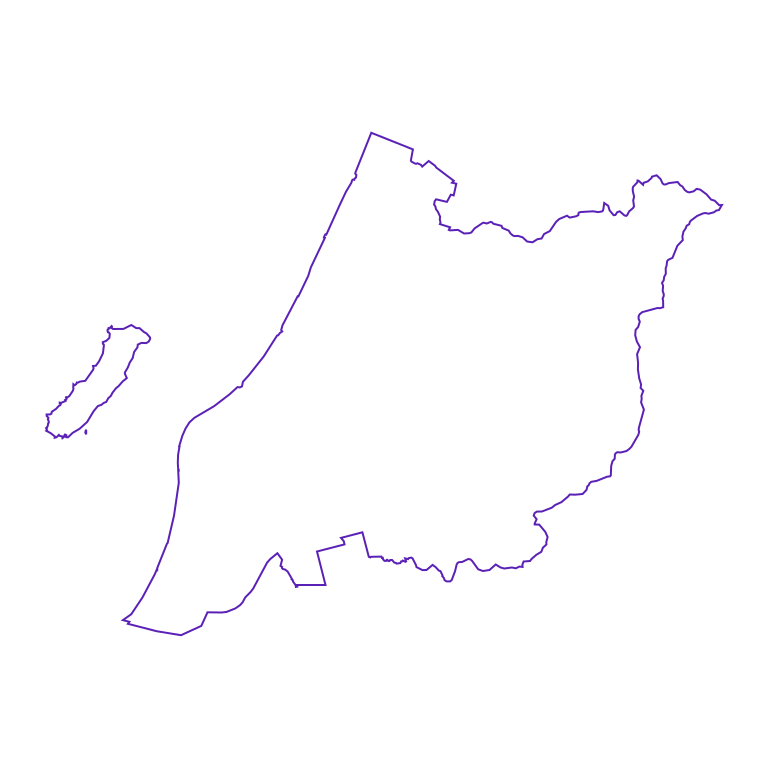 Kapiti Coast District, Wellington, New Zealand (Mercator projection)
{"feature_id": "76426892B40296921759207", "entity_name": "Kapiti Coast District", "entity_type": "district", "adm_level": 2, "iso_a3": "NZL", "parent_name": "New Zealand", "parent_adm1": "Wellington", "projection": "mercator", "projection_center": [175.125, -40.857], "detail": "fine", "context": "isolated", "style": "outline", "palette": "violet", "viewbox_px": 768, "rotation_deg": 0, "n_neighbors": 0, "source": "geoboundaries", "source_scale": "gbopen_adm2", "svg_char_len": 6057}
<svg xmlns="http://www.w3.org/2000/svg" viewBox="0 0 768 768"><path d="M721.9,205.0L719.2,205.2L714.7,200.7L711.1,199.6L706.5,194.3L700.2,189.6L696.6,188.9L693.7,191.3L689.2,192.4L687.2,191.8L684.7,189.9L682.5,186.6L680.1,185.1L677.6,182.0L668.8,183.1L665.6,184.5L663.8,184.4L662.5,183.3L660.6,179.1L656.6,175.3L651.9,176.7L651.6,177.9L647.8,181.4L643.6,182.8L643.1,184.8L638.4,180.6L637.5,180.5L637.3,182.4L633.2,186.7L632.7,188.2L632.8,191.0L634.1,196.7L633.2,200.3L634.0,206.4L633.0,208.1L629.1,211.4L627.2,215.1L626.2,215.9L624.4,215.4L619.7,211.3L617.1,212.3L615.4,215.0L613.6,215.2L609.6,210.4L608.2,205.8L604.2,203.0L603.4,208.9L602.8,210.8L602.1,211.4L598.3,212.1L593.1,211.3L581.0,212.0L579.0,212.5L578.5,213.2L578.3,215.2L576.0,216.3L569.7,217.6L567.0,215.7L559.3,219.0L556.1,221.8L549.8,231.1L544.1,234.0L541.6,238.5L537.4,239.2L532.5,242.3L527.1,241.5L522.6,237.3L518.0,235.9L514.5,236.1L512.9,235.5L510.6,233.6L508.7,230.6L502.4,228.0L501.5,225.8L493.5,223.8L491.8,222.2L490.7,221.9L486.8,223.5L483.6,222.7L482.6,223.0L474.6,228.4L471.4,232.4L469.3,233.2L464.1,233.5L458.0,229.9L449.8,230.4L448.8,229.9L450.1,227.3L439.9,224.1L440.5,222.6L439.8,219.4L440.1,216.6L437.8,211.6L436.0,209.2L435.3,206.2L434.1,204.6L434.7,201.2L436.1,199.3L446.9,201.9L450.8,194.7L453.7,195.4L456.3,183.7L452.0,182.7L453.8,180.8L436.3,167.6L435.1,165.8L428.7,161.0L422.2,166.6L420.9,164.8L417.5,163.3L416.1,163.8L414.7,163.4L411.3,161.5L410.9,160.4L412.9,149.4L371.3,132.8L355.7,171.8L355.2,173.6L356.4,175.0L356.0,177.5L354.6,178.6L354.3,179.8L353.1,179.5L352.2,180.1L351.3,182.9L346.0,191.7L339.9,204.6L326.6,234.0L326.3,234.6L325.4,234.3L324.6,235.7L323.9,237.5L324.9,237.8L310.8,267.5L308.3,275.7L298.4,296.4L297.7,296.2L282.5,325.3L281.2,330.0L282.2,331.5L279.9,333.0L278.2,335.3L277.1,335.5L263.7,356.5L248.7,375.4L242.9,381.8L242.0,386.4L239.9,387.4L237.5,387.1L229.7,394.2L214.2,406.1L194.4,417.8L189.4,422.4L185.5,428.6L182.3,435.9L179.1,446.5L179.5,446.6L178.1,454.7L177.8,462.7L178.2,469.8L178.7,469.8L178.7,470.8L178.2,470.8L178.8,482.7L174.0,515.7L167.6,543.1L166.9,543.8L157.3,567.9L157.2,569.8L156.8,569.5L154.7,574.4L142.5,597.4L131.3,614.2L122.9,620.1L129.4,621.8L127.9,623.8L156.6,631.2L181.0,635.2L201.3,625.9L207.5,612.3L221.8,612.5L226.6,611.9L235.2,608.5L240.2,605.0L242.6,602.3L245.3,597.3L250.7,591.9L253.4,588.2L267.1,562.6L270.2,559.1L277.4,553.2L282.1,559.7L280.5,565.9L282.1,566.9L281.9,567.9L282.6,568.9L285.2,569.6L287.7,571.6L291.8,578.7L291.6,579.4L292.8,580.1L293.0,581.5L295.6,585.1L295.9,586.9L297.3,586.6L296.7,585.0L325.5,585.0L317.0,551.5L344.5,544.4L343.8,541.2L341.0,537.9L362.4,532.3L368.8,556.8L370.4,557.4L370.9,556.8L381.4,556.6L381.8,557.9L382.8,557.8L383.1,559.4L384.5,560.9L386.2,560.9L386.7,559.9L387.4,559.8L388.4,561.1L389.5,561.0L390.2,560.0L392.1,560.0L394.3,562.6L395.9,562.9L396.5,563.6L400.3,563.1L401.2,561.3L402.4,561.3L402.8,560.6L405.5,561.8L406.1,561.4L405.1,558.4L408.1,559.1L408.6,558.2L411.1,557.6L412.5,558.3L416.0,565.1L416.5,567.1L422.5,570.1L426.5,570.0L432.6,564.9L435.5,567.0L438.9,570.6L440.5,571.2L442.6,575.6L442.3,576.1L444.0,578.2L444.6,580.2L446.6,581.4L450.2,581.4L451.8,579.9L455.1,571.0L456.6,564.7L457.6,562.9L458.9,562.2L462.3,561.9L468.2,559.0L470.5,559.4L472.1,560.9L478.2,569.3L482.9,571.0L489.5,570.0L495.7,564.5L500.6,567.5L504.3,568.5L511.9,567.5L515.9,568.3L519.3,566.6L522.6,566.9L522.4,564.7L523.6,561.5L530.1,561.0L531.3,559.2L536.2,554.9L541.3,551.8L542.9,547.7L546.4,544.5L546.3,542.0L547.6,537.0L545.3,531.9L539.2,524.6L534.7,524.5L534.6,523.7L536.6,519.2L533.7,515.6L534.6,513.1L536.8,511.6L541.9,511.5L551.8,507.7L555.0,505.1L561.3,502.2L567.9,496.7L569.8,494.5L575.1,494.7L582.6,494.0L586.5,489.9L587.4,486.2L588.6,485.4L589.4,483.4L591.3,481.8L596.6,480.9L607.1,476.7L610.1,476.3L610.8,475.4L611.2,465.9L612.5,461.2L614.7,458.8L614.9,454.7L615.6,453.3L617.3,452.2L620.6,452.5L626.6,451.0L629.7,448.6L631.5,446.6L638.2,435.1L639.2,431.8L638.7,430.3L638.8,428.1L643.9,409.6L641.1,402.4L641.7,398.8L641.4,395.9L643.3,390.8L640.6,388.0L641.1,384.5L639.2,378.3L637.9,369.3L638.1,363.1L637.1,354.1L640.0,347.2L636.9,341.6L635.2,335.3L635.6,329.9L638.1,327.1L639.8,321.7L638.6,318.8L638.6,316.3L639.7,314.2L642.3,312.1L657.5,308.0L660.0,308.2L663.2,307.2L663.1,300.5L662.6,298.8L663.6,296.3L663.8,294.4L662.7,291.0L663.1,285.7L662.0,283.0L663.7,280.3L664.2,276.7L665.8,273.9L665.7,268.2L666.5,266.1L667.1,261.3L668.1,259.9L672.5,257.8L677.4,245.7L682.8,240.1L682.4,236.5L683.5,231.5L685.5,228.7L686.7,225.7L689.2,224.2L689.9,221.8L690.9,220.6L697.2,215.9L703.1,213.4L705.3,213.0L708.6,213.7L713.9,212.3L716.2,210.6L719.0,210.0L721.9,205.0ZM136.2,328.1L131.3,325.0L123.5,328.9L113.1,329.0L111.6,328.0L112.0,326.8L111.6,326.1L109.8,328.0L108.6,328.1L108.6,329.1L107.6,329.6L107.5,330.4L107.9,332.2L108.7,332.3L109.8,333.8L109.4,337.9L106.2,340.9L102.8,342.1L102.9,343.8L103.7,344.4L103.9,345.3L102.9,353.4L99.0,361.4L95.9,365.7L93.0,366.0L93.6,368.2L93.0,369.9L85.3,380.8L79.9,381.6L77.8,382.7L76.8,382.5L76.2,384.2L74.7,385.2L73.4,384.2L73.2,387.5L73.5,388.3L72.9,390.7L69.3,396.1L67.5,397.3L66.2,397.1L65.9,397.6L66.6,398.8L66.2,399.7L65.1,400.0L65.5,401.0L61.0,402.9L59.7,402.6L59.7,403.2L60.8,403.8L60.3,405.2L59.1,405.6L55.9,409.0L51.7,411.8L51.5,413.6L50.2,414.4L46.6,414.5L46.7,416.0L48.4,417.8L47.8,419.5L48.5,420.3L48.8,422.7L48.2,423.2L47.7,426.1L47.0,427.0L47.1,427.8L46.1,428.2L47.0,430.2L46.3,430.8L50.6,433.1L54.9,436.5L54.7,437.7L56.6,437.2L58.9,434.9L59.7,435.9L62.6,436.5L62.5,437.4L63.2,437.1L63.1,437.6L64.4,436.6L64.4,435.3L65.0,434.5L66.3,435.1L66.3,437.2L68.0,437.3L72.6,432.9L79.7,428.7L87.1,422.0L93.7,411.1L97.9,406.0L101.3,404.9L103.9,402.8L106.2,402.0L108.2,398.3L110.9,395.8L112.5,392.7L116.0,388.2L118.5,386.2L122.7,381.4L126.8,378.1L124.9,373.8L124.9,372.5L127.8,367.5L129.8,362.5L132.7,358.0L134.1,352.0L137.4,347.4L137.8,344.6L141.4,342.9L146.3,343.1L148.8,341.5L150.2,338.8L150.0,337.4L146.6,333.5L143.8,331.9L139.5,328.1L136.2,328.1ZM86.2,434.3L86.2,430.7L85.9,429.7L85.3,432.6L86.2,434.3Z" fill="none" stroke="#5b21b6" stroke-width="2"/></svg>